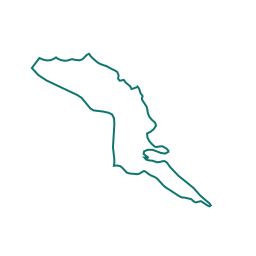 an SVG outline of Davao Oriental, rotated 308°
{"feature_id": "PHL-2597", "entity_name": "Davao Oriental", "entity_type": "Province", "adm_level": 1, "iso_a3": "PHL", "parent_name": "Philippines", "parent_adm1": "", "projection": "robinson", "projection_center": [126.309, 7.14], "detail": "fine", "context": "isolated", "style": "outline", "palette": "teal", "viewbox_px": 256, "rotation_deg": 308, "n_neighbors": 0, "source": "natural_earth", "source_scale": "10m", "svg_char_len": 1746}
<svg xmlns="http://www.w3.org/2000/svg" viewBox="0 0 256 256"><g transform="rotate(308 128 128)"><path d="M139.3,27.8L139.3,29.7L140.2,33.3L141.9,36.6L144.2,39.0L147.6,41.3L148.1,42.0L148.6,43.4L151.4,48.0L154.1,49.8L160.1,50.5L162.5,51.6L161.6,54.5L161.2,57.4L160.9,63.8L161.4,66.9L163.6,73.4L164.6,79.6L165.3,82.4L165.5,85.1L164.1,87.7L162.8,88.8L161.5,89.3L160.6,90.2L160.2,92.3L160.6,92.8L163.3,95.0L162.4,98.0L162.2,104.2L160.9,106.7L161.8,107.5L165.7,109.9L166.5,109.9L165.9,112.4L163.1,116.5L162.5,118.9L162.1,119.9L161.2,120.3L160.2,120.5L159.3,121.1L158.7,122.3L156.3,129.4L155.5,130.7L151.8,134.7L150.1,137.7L149.2,141.3L148.9,146.0L147.2,148.6L143.3,149.0L138.8,148.1L135.4,146.4L132.4,149.3L130.7,153.1L130.0,157.1L129.8,160.5L130.5,162.0L133.6,165.0L134.7,166.3L135.1,168.3L135.4,171.0L135.1,173.5L134.2,174.5L130.7,173.0L128.6,169.3L126.0,160.9L123.0,157.0L119.5,155.1L117.1,156.3L117.2,161.8L116.4,161.8L116.1,161.0L114.8,159.1L114.3,161.9L115.5,164.7L117.2,167.2L118.9,172.0L121.0,174.1L123.2,175.8L124.4,177.1L124.7,180.0L123.1,185.4L121.4,197.0L121.1,216.4L119.2,226.8L118.7,238.7L118.0,240.9L116.4,240.4L115.9,238.5L115.4,231.9L115.2,230.4L111.2,227.3L110.7,226.0L110.7,224.5L110.8,222.8L110.8,221.4L107.9,215.3L106.4,213.1L105.8,210.4L104.4,193.9L104.6,190.8L106.0,182.6L105.9,179.7L104.7,175.0L104.4,172.2L104.4,168.7L104.0,167.1L102.6,166.4L99.6,165.4L97.4,163.9L92.9,156.8L92.1,154.3L93.1,148.2L93.2,145.6L91.9,142.7L89.5,140.1L92.4,138.5L95.1,136.3L103.6,128.0L122.9,114.7L127.0,111.0L128.9,107.0L128.0,103.2L125.6,98.2L120.7,90.1L120.2,86.5L123.2,72.9L122.8,68.0L115.3,34.5L114.5,24.6L116.1,15.3L128.6,15.1L129.6,19.0L131.3,22.5L133.7,25.2L136.9,27.0L139.3,27.8Z" fill="none" stroke="#0f766e" stroke-width="2"/></g></svg>